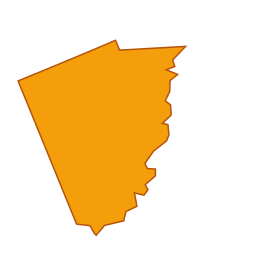 Upson, Georgia, United States of America, rotated 247°
{"feature_id": "52423323B58492506722006", "entity_name": "Upson", "entity_type": "district", "adm_level": 2, "iso_a3": "USA", "parent_name": "United States of America", "parent_adm1": "Georgia", "projection": "equal_earth", "projection_center": [-84.356, 32.842], "detail": "fine", "context": "isolated", "style": "filled", "palette": "amber", "viewbox_px": 256, "rotation_deg": 247, "n_neighbors": 0, "source": "geoboundaries", "source_scale": "gbopen_adm2", "svg_char_len": 600}
<svg xmlns="http://www.w3.org/2000/svg" viewBox="0 0 256 256"><g transform="rotate(247 128 128)"><path d="M145.4,180.7L155.3,185.3L157.9,194.6L166.6,185.9L166.4,195.1L173.2,195.7L180.6,212.9L203.0,150.7L213.6,150.8L213.6,123.6L213.9,77.3L214.3,45.2L152.1,44.4L59.6,43.1L53.0,54.8L44.0,55.9L41.7,56.8L47.5,68.3L44.2,87.8L51.9,93.5L52.5,105.6L65.7,108.6L59.9,116.5L63.4,122.2L69.1,121.7L73.3,134.6L79.5,137.2L83.1,130.0L88.8,129.8L96.7,142.4L101.2,158.6L105.7,163.0L115.5,166.1L118.8,161.5L123.1,172.8L132.7,176.2L138.4,172.9L145.4,180.7Z" fill="#f59e0b" stroke="#b45309" stroke-width="1.5"/></g></svg>